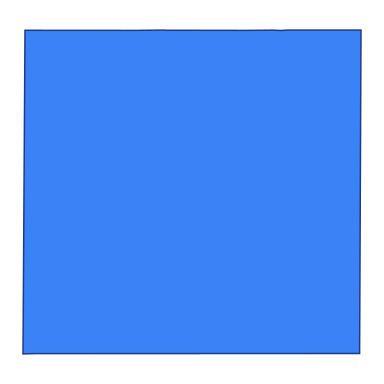 outline of Norton, Kansas, United States of America
{"feature_id": "52423323B84788735948293", "entity_name": "Norton", "entity_type": "district", "adm_level": 2, "iso_a3": "USA", "parent_name": "United States of America", "parent_adm1": "Kansas", "projection": "robinson", "projection_center": [-99.829, 39.784], "detail": "fine", "context": "isolated", "style": "filled", "palette": "blue", "viewbox_px": 384, "rotation_deg": 0, "n_neighbors": 0, "source": "geoboundaries", "source_scale": "gbopen_adm2", "svg_char_len": 375}
<svg xmlns="http://www.w3.org/2000/svg" viewBox="0 0 384 384"><path d="M359.6,353.5L361.0,30.1L360.6,30.1L359.2,30.1L303.6,30.1L296.1,30.1L287.2,30.1L281.0,30.5L276.5,30.3L271.7,30.1L269.6,30.2L246.6,30.4L189.9,30.3L175.4,30.3L166.9,30.3L164.6,30.1L141.3,30.3L138.6,30.4L25.0,30.3L23.0,353.9L34.4,353.6L359.6,353.5Z" fill="#3b82f6" stroke="#1e3a8a" stroke-width="1.5"/></svg>